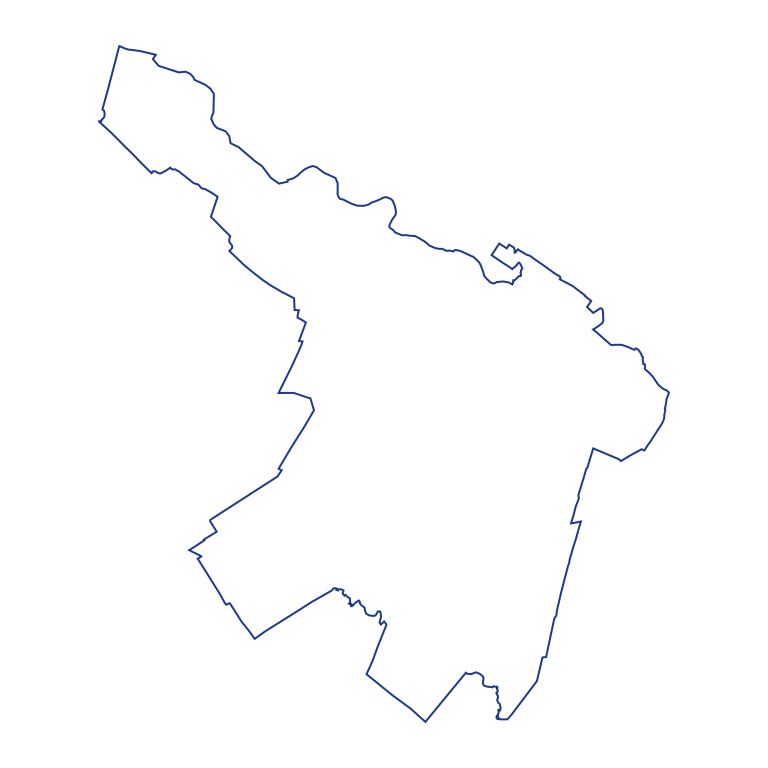 the district of Cateasca, Arges, Romania
{"feature_id": "2599482B62857994910694", "entity_name": "Cateasca", "entity_type": "district", "adm_level": 2, "iso_a3": "ROU", "parent_name": "Romania", "parent_adm1": "Arges", "projection": "albers", "projection_center": [25.043, 44.76], "detail": "fine", "context": "isolated", "style": "outline", "palette": "blue", "viewbox_px": 768, "rotation_deg": 0, "n_neighbors": 0, "source": "geoboundaries", "source_scale": "gbopen_adm2", "svg_char_len": 6093}
<svg xmlns="http://www.w3.org/2000/svg" viewBox="0 0 768 768"><path d="M254.7,638.8L265.1,631.4L298.4,610.5L311.0,602.4L331.3,590.8L332.4,589.9L333.4,588.6L334.7,588.1L336.6,588.6L336.3,590.0L338.0,590.4L338.3,589.2L341.4,589.4L343.5,590.4L342.6,593.4L344.4,595.7L345.5,594.9L348.1,597.4L349.6,598.0L350.0,598.8L350.1,599.8L350.0,600.9L350.2,601.6L349.9,602.5L349.0,603.5L349.7,604.2L350.2,604.1L351.0,603.8L351.5,604.1L350.9,605.3L351.1,606.2L351.9,606.2L353.2,605.2L355.2,603.0L356.9,601.8L358.1,600.8L359.0,600.6L360.0,602.2L359.7,603.2L361.5,605.3L364.5,607.6L365.1,611.0L366.2,613.7L368.9,615.3L373.3,616.0L375.6,615.4L377.9,611.4L380.1,611.5L380.8,613.7L381.0,616.7L379.6,622.7L380.9,624.5L384.1,621.5L386.2,624.1L386.4,624.9L377.7,646.7L372.7,660.4L370.7,665.1L366.5,674.2L392.5,695.3L410.6,708.6L425.4,721.9L465.9,672.7L467.2,673.8L471.3,674.1L475.7,672.3L478.7,673.4L480.2,674.2L482.3,675.8L483.5,677.6L482.9,683.7L484.0,685.5L485.8,686.3L487.7,686.7L492.7,687.3L493.1,686.6L493.7,686.2L495.3,686.7L496.9,686.6L497.5,687.8L496.8,688.2L497.0,689.0L497.6,690.1L497.6,691.6L497.3,692.4L496.6,692.4L496.4,693.3L496.7,694.1L497.9,695.8L497.8,698.5L497.2,699.5L497.5,701.3L498.2,702.7L500.0,704.3L500.6,708.7L499.9,710.4L499.3,709.8L498.4,709.9L498.6,713.5L497.9,714.2L498.0,715.8L496.8,715.8L496.5,716.9L496.6,718.1L497.3,718.9L497.8,719.2L498.4,719.1L498.2,718.2L498.5,717.8L498.8,718.1L499.2,718.6L500.7,719.5L501.9,719.3L504.9,719.4L505.9,719.2L506.8,719.4L507.5,719.2L511.8,714.3L536.9,681.1L542.5,657.4L546.1,657.1L554.1,619.4L554.5,618.3L556.3,615.4L557.1,609.7L561.2,592.2L568.2,565.3L568.9,563.9L569.2,562.6L569.6,560.0L573.1,547.6L575.8,539.4L578.1,530.9L580.9,521.5L576.3,522.5L571.1,523.4L572.0,520.0L573.6,515.0L575.1,508.8L575.9,506.1L578.1,500.7L578.9,497.9L578.3,495.6L579.1,492.8L583.9,477.1L586.3,468.7L587.3,467.9L593.2,448.4L619.1,459.3L620.9,461.1L629.8,455.7L636.7,451.9L641.1,449.6L641.5,449.2L642.9,449.8L643.5,450.2L644.4,450.5L648.1,444.7L649.1,443.4L650.1,442.0L662.1,423.4L663.4,420.6L664.1,418.2L664.4,416.0L664.2,415.1L665.4,409.8L664.8,409.1L665.9,404.0L666.1,402.3L666.4,401.0L666.4,399.6L667.5,396.5L667.9,395.6L668.3,394.8L668.9,392.7L667.2,390.8L662.9,388.7L658.2,384.7L652.9,376.8L649.0,372.6L644.9,369.1L645.0,364.5L643.3,364.0L643.1,363.8L643.3,362.2L642.6,359.9L642.9,358.8L642.9,357.1L641.7,355.8L641.4,354.4L641.0,353.5L638.6,350.1L637.5,349.1L635.6,348.4L634.4,349.9L626.5,346.4L621.4,344.8L615.2,344.8L613.6,344.9L612.2,345.2L610.8,344.8L596.7,332.4L593.1,329.5L598.7,325.9L602.5,323.0L603.3,320.6L603.0,312.5L602.7,310.1L601.7,308.5L600.3,308.3L593.2,312.9L587.1,307.1L591.2,301.0L584.8,295.9L585.0,295.5L581.3,292.5L581.2,292.6L572.9,286.2L566.6,282.8L559.8,279.3L560.5,277.9L559.6,276.2L557.2,275.0L554.1,273.0L542.9,264.9L538.0,261.6L529.8,255.7L526.8,254.8L524.8,253.7L523.5,252.8L519.6,250.6L518.0,249.3L516.8,250.4L516.3,251.5L515.2,252.6L514.6,252.6L514.6,250.0L513.8,247.5L509.1,244.7L506.7,248.4L504.4,246.8L502.7,245.8L499.3,243.5L491.6,255.2L502.1,262.3L509.5,267.1L512.2,269.1L513.5,267.8L515.0,266.9L518.7,262.6L519.6,263.0L520.5,264.3L522.4,268.5L521.4,269.6L520.5,273.0L521.0,274.3L521.0,275.3L520.6,276.0L519.7,276.0L518.7,276.3L514.5,280.5L513.4,280.2L513.0,281.5L513.1,282.8L512.3,284.4L508.9,282.5L503.5,281.5L502.3,281.5L499.0,281.9L496.7,282.0L496.0,282.5L494.2,283.5L490.7,282.6L487.0,279.1L486.1,278.3L484.1,275.6L483.3,272.3L482.6,270.2L481.6,267.7L480.7,265.1L479.4,262.8L478.0,261.1L475.1,258.4L473.1,256.7L470.8,255.8L465.1,253.1L459.8,250.8L457.4,250.3L455.4,250.0L454.2,250.5L453.4,251.5L449.6,250.6L446.4,250.8L445.9,250.6L443.8,249.5L442.4,248.9L438.4,248.8L435.9,248.2L433.5,247.4L428.8,245.2L427.0,243.2L425.7,242.4L424.1,241.1L422.0,240.0L420.4,238.9L419.2,238.1L416.4,236.8L414.8,235.9L412.3,236.0L405.6,235.1L403.3,235.3L402.4,235.2L400.6,234.8L399.6,234.2L395.3,232.5L392.8,229.7L390.9,228.6L389.9,227.7L389.3,226.6L389.6,224.8L391.5,220.8L393.6,217.5L394.8,216.0L395.6,214.6L395.9,213.2L395.8,210.8L395.0,206.4L392.8,200.9L392.2,200.2L390.8,198.9L386.8,197.3L385.4,197.2L383.1,197.7L380.5,199.2L376.9,200.7L371.8,202.5L368.3,204.7L363.3,205.9L357.1,205.6L351.4,203.7L343.1,199.5L340.4,199.0L339.0,197.7L337.6,194.6L337.7,183.3L335.5,178.0L323.9,172.7L316.4,167.1L312.7,166.0L308.5,167.4L304.6,169.4L300.4,172.8L298.3,175.0L294.1,177.9L291.2,179.1L287.7,179.9L287.6,181.7L279.1,183.6L270.9,177.9L262.0,166.1L254.3,160.6L238.6,147.1L230.6,143.3L229.3,136.2L225.6,131.3L216.8,127.9L213.6,124.2L211.2,118.5L212.1,115.6L213.4,112.9L213.9,93.9L210.4,88.7L205.5,84.9L194.6,79.9L193.1,76.9L190.2,73.8L185.5,71.7L178.8,72.4L158.7,65.9L152.9,59.1L155.8,54.8L140.8,51.2L135.5,50.4L128.7,49.6L126.7,49.1L124.7,48.4L121.1,46.8L119.4,46.1L119.2,46.3L108.0,89.3L102.4,109.4L103.3,110.3L104.1,110.7L104.3,112.1L104.5,112.7L104.7,113.8L104.5,115.5L104.2,117.0L103.4,118.1L101.6,119.9L101.2,120.4L101.5,120.8L100.6,122.2L99.2,121.3L99.1,121.6L112.7,134.2L125.8,147.4L132.7,154.1L140.9,162.6L151.5,173.2L152.4,172.3L152.4,171.9L152.6,171.4L153.1,171.3L155.0,171.3L155.8,171.6L156.8,172.2L157.9,173.0L160.3,173.5L163.2,172.1L166.3,170.4L169.3,168.4L170.2,167.6L170.9,168.4L172.3,169.3L173.0,169.5L174.5,169.3L175.3,169.4L176.9,170.5L178.4,171.0L193.6,183.1L198.3,184.6L201.6,188.3L205.4,189.2L212.5,193.3L217.6,196.8L210.9,216.9L214.5,220.3L223.6,229.7L230.3,236.2L229.5,238.2L229.2,240.6L229.6,242.5L231.5,244.8L232.1,245.9L232.2,247.1L231.9,248.2L231.4,248.9L229.4,250.8L229.5,251.1L243.2,264.2L251.1,270.9L262.7,280.0L270.5,285.3L281.2,291.6L294.1,298.3L294.6,310.1L298.8,310.2L297.7,315.3L297.5,317.6L302.6,320.3L305.9,322.5L299.0,341.0L302.5,341.4L301.6,344.6L297.5,353.9L291.2,367.5L278.6,393.0L293.7,392.9L307.3,397.5L310.4,398.3L314.0,410.3L304.2,427.0L290.9,448.0L278.6,468.8L281.7,470.3L277.5,476.5L211.9,518.8L210.2,520.1L210.1,521.2L216.7,531.7L203.8,539.6L204.3,540.4L189.2,550.2L201.2,556.2L201.3,556.5L197.7,558.6L219.1,592.7L223.0,599.7L224.7,602.7L226.1,604.6L226.8,604.6L229.2,603.2L229.9,603.4L237.1,614.5L241.8,622.1L244.9,625.7L248.1,629.8L254.7,638.8Z" fill="none" stroke="#1e3a8a" stroke-width="2"/></svg>